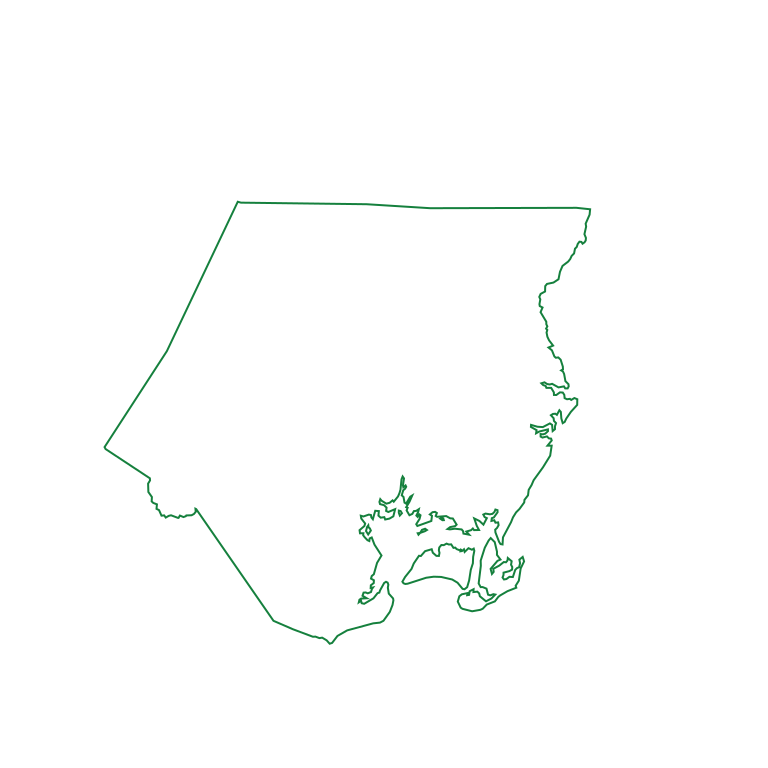 the district of Lamu West, Coast, Kenya, rotated 33°
{"feature_id": "3690345B28138832354018", "entity_name": "Lamu West", "entity_type": "district", "adm_level": 2, "iso_a3": "KEN", "parent_name": "Kenya", "parent_adm1": "Coast", "projection": "equal_earth", "projection_center": [40.664, -2.131], "detail": "fine", "context": "isolated", "style": "outline", "palette": "green", "viewbox_px": 768, "rotation_deg": 33, "n_neighbors": 0, "source": "geoboundaries", "source_scale": "gbopen_adm2", "svg_char_len": 6172}
<svg xmlns="http://www.w3.org/2000/svg" viewBox="0 0 768 768"><g transform="rotate(33 384 384)"><path d="M462.0,634.7L464.1,633.2L468.2,632.3L470.3,630.4L475.5,630.2L479.9,631.4L481.5,629.4L482.2,620.6L487.3,610.7L505.3,590.6L510.6,586.3L512.5,582.9L513.0,572.0L511.5,564.7L509.7,560.3L508.4,558.9L502.2,557.2L498.2,552.8L496.9,549.9L495.2,548.6L493.4,548.8L492.5,550.8L493.1,559.2L493.7,561.5L492.5,562.9L491.9,569.5L487.1,579.1L484.7,580.0L482.8,578.3L481.8,580.8L480.9,578.3L481.7,576.4L486.2,573.1L481.3,573.3L480.5,570.1L482.2,568.8L484.4,568.4L486.4,565.5L485.5,562.6L485.6,560.6L483.9,562.3L482.6,560.0L483.8,556.5L482.4,554.1L479.1,554.3L478.3,551.7L479.1,549.1L475.6,537.8L475.3,529.2L463.5,523.9L457.3,519.4L456.1,521.3L457.2,523.7L455.2,524.0L451.1,523.0L448.9,522.2L448.0,520.4L445.2,522.3L443.1,519.9L444.9,513.8L444.2,511.3L438.2,509.2L436.3,507.1L438.9,506.3L442.4,501.8L444.4,501.0L446.1,502.8L448.3,503.5L445.7,495.1L448.9,493.4L451.0,497.4L454.0,497.9L456.8,495.5L458.8,497.0L461.9,493.9L463.9,489.9L461.5,482.9L457.3,489.0L454.9,489.3L453.5,486.3L450.0,485.6L446.1,486.9L444.4,485.4L443.6,482.6L445.6,483.2L451.1,483.1L453.4,480.6L454.6,476.9L456.3,477.4L457.0,470.7L456.4,467.1L455.4,463.7L450.6,454.4L450.0,451.4L452.2,452.3L455.1,458.7L456.4,460.0L457.3,457.3L458.6,458.1L458.7,460.4L458.0,462.6L459.5,467.7L461.9,468.1L465.8,472.3L467.7,472.3L467.4,464.2L468.4,462.1L469.5,468.8L469.7,475.2L471.2,474.9L471.8,477.7L476.8,480.2L478.5,477.5L478.3,474.3L480.1,472.9L481.4,470.0L482.4,472.9L482.8,476.7L484.6,477.1L484.6,474.1L486.1,474.2L487.3,477.8L487.4,484.0L489.3,484.9L498.3,473.1L496.0,468.4L493.5,468.4L494.5,465.1L496.5,463.4L498.6,463.4L499.2,466.5L500.8,466.5L508.1,460.9L512.7,460.6L515.0,459.3L521.5,462.4L521.0,464.5L517.4,468.0L516.3,471.0L518.4,470.1L522.2,466.8L528.3,463.7L530.4,464.3L532.1,466.2L537.5,464.0L533.4,462.9L536.7,459.1L537.2,456.8L539.1,457.5L543.2,454.7L539.0,452.4L532.9,447.6L538.6,446.9L544.0,447.8L543.3,440.5L540.9,440.8L538.4,439.4L539.7,437.4L543.8,435.6L545.7,433.8L546.3,431.0L545.8,428.6L547.9,428.0L549.1,429.7L548.8,436.1L547.5,437.8L548.7,440.3L550.7,438.2L553.0,439.6L555.1,437.9L557.0,440.0L557.2,443.2L556.6,445.6L558.3,447.8L566.5,453.7L568.9,454.8L570.8,454.0L567.3,447.8L565.8,430.7L564.8,425.6L564.7,419.7L565.7,414.9L566.1,407.0L564.9,404.6L565.4,398.9L563.0,394.0L562.8,388.4L561.9,383.2L562.7,367.3L562.4,353.6L558.2,344.4L554.7,346.7L555.4,340.0L553.9,338.8L551.9,339.8L549.2,339.2L546.1,342.6L544.0,342.8L542.6,340.7L544.8,339.6L546.3,337.8L547.2,334.2L546.2,332.8L540.1,339.3L538.4,342.5L537.1,339.6L530.6,340.0L529.6,338.2L535.9,336.3L540.7,333.6L544.6,326.7L547.2,326.7L551.1,331.6L552.0,328.8L550.4,326.3L549.6,323.1L546.6,322.4L544.9,320.3L541.0,319.3L542.0,317.1L543.9,315.6L545.8,315.7L545.4,310.5L547.5,311.1L551.5,316.3L555.2,319.5L556.2,317.4L555.7,313.7L555.9,305.6L557.4,296.3L554.4,291.5L551.3,292.1L549.7,295.4L548.0,295.2L545.8,297.1L543.2,297.5L541.1,294.9L538.6,293.8L536.1,295.2L534.5,299.4L532.5,300.6L531.0,298.5L526.3,296.2L522.3,298.8L520.6,297.6L518.1,298.2L515.6,297.7L517.7,295.2L520.8,295.2L523.3,294.1L524.9,292.3L532.2,291.8L536.2,288.0L538.4,289.0L540.4,287.7L540.2,285.4L538.8,283.7L534.6,282.8L529.6,277.5L527.2,276.0L525.2,276.1L526.1,274.2L524.5,272.0L518.9,267.4L515.7,266.8L513.8,268.4L511.9,268.1L506.5,264.3L502.1,263.8L504.9,259.7L498.7,257.5L495.3,255.4L492.3,252.3L491.5,249.7L489.8,249.3L489.6,246.7L487.6,245.5L486.2,243.4L476.2,238.5L475.3,233.5L472.2,233.8L470.9,232.4L469.0,227.9L466.8,226.4L466.3,223.1L468.7,218.7L465.9,214.1L466.2,211.3L470.9,206.6L473.3,201.1L470.5,194.1L469.4,187.7L471.8,181.0L472.1,177.8L471.6,174.3L472.3,171.0L470.5,166.5L471.0,164.1L470.2,161.0L470.4,158.2L472.2,157.3L474.1,158.2L475.0,156.0L475.0,153.8L473.8,151.5L470.5,149.2L467.8,141.9L465.8,139.7L464.2,130.0L461.7,125.2L449.5,131.4L327.0,211.4L271.5,242.7L165.3,309.8L162.1,310.8L184.0,474.7L184.0,589.1L186.0,590.2L239.0,590.6L240.3,592.3L240.4,596.0L245.2,602.9L250.9,605.2L253.1,609.0L255.3,609.4L259.1,608.6L261.2,612.6L264.0,612.3L269.1,615.6L271.2,613.9L273.7,614.9L275.3,611.8L276.9,610.1L284.1,608.5L284.6,608.2L284.5,605.5L288.3,604.8L289.8,602.8L289.8,601.9L294.1,598.9L295.4,596.5L295.7,593.7L293.8,591.3L294.6,591.2L420.3,642.8L441.1,639.3L462.0,634.7ZM552.9,480.4L550.6,474.7L548.9,473.2L548.0,475.1L544.3,475.7L543.1,480.9L541.1,479.1L540.4,481.6L539.3,482.6L538.5,480.3L538.2,482.2L534.8,482.9L532.9,482.4L531.5,483.6L527.7,481.9L525.8,483.3L523.4,483.8L521.9,486.6L519.8,487.8L519.4,491.0L520.5,493.5L522.5,495.4L523.7,498.3L521.5,499.6L516.8,498.9L514.0,496.6L509.5,501.8L508.6,508.2L506.9,509.0L506.7,518.3L507.8,524.1L506.8,534.4L507.1,539.8L508.9,540.5L510.8,540.1L512.6,538.6L524.9,523.5L530.7,518.5L537.0,514.7L547.7,510.8L553.9,510.6L561.5,513.0L563.3,512.3L564.4,509.1L562.4,502.4L558.0,492.6L556.2,486.0L552.9,480.4ZM604.3,481.5L604.2,475.5L599.1,464.3L598.1,456.5L594.5,453.5L593.2,457.6L595.7,460.2L597.1,464.0L595.8,466.0L595.3,468.4L597.2,475.7L594.2,477.4L592.9,480.9L591.1,482.6L588.8,481.7L588.3,479.2L587.0,477.1L591.1,472.6L592.5,469.9L591.2,467.6L589.0,466.4L587.6,463.1L582.6,462.5L583.7,464.8L583.4,467.1L581.4,468.1L579.6,473.5L576.3,479.5L578.3,481.8L578.0,484.5L574.1,481.0L575.5,470.5L577.3,467.8L571.8,465.8L570.1,463.1L563.0,456.3L557.4,455.1L557.0,458.3L557.7,466.4L561.3,479.5L564.2,483.7L572.0,499.7L575.7,501.7L577.3,500.6L581.4,499.8L586.0,504.0L588.2,503.4L590.2,500.7L592.0,500.0L590.9,505.4L587.9,510.7L580.0,509.8L577.9,507.8L575.4,507.3L572.3,509.8L570.9,507.3L568.7,511.1L570.2,514.5L568.8,515.8L568.0,513.8L563.8,518.0L562.8,521.0L564.4,526.3L570.1,529.8L572.3,529.8L581.7,526.6L587.8,520.9L589.2,518.7L590.3,513.0L595.4,505.9L595.8,500.3L596.6,498.0L600.4,490.5L605.9,482.8L604.3,481.5ZM452.7,518.8L452.8,514.1L450.8,512.8L449.1,512.6L447.8,511.1L447.7,513.2L449.0,517.1L452.7,518.8ZM495.4,489.2L498.4,485.3L499.5,483.1L497.3,483.0L495.3,485.6L495.4,489.2ZM469.4,482.6L467.1,481.5L465.4,482.1L466.5,483.9L468.9,485.7L469.4,482.6ZM507.2,466.4L508.3,465.6L507.0,464.5L505.5,464.7L504.5,466.3L507.2,466.4ZM495.4,489.2L493.6,490.8L495.0,491.6L495.4,489.2Z" fill="none" stroke="#15803d" stroke-width="2"/></g></svg>